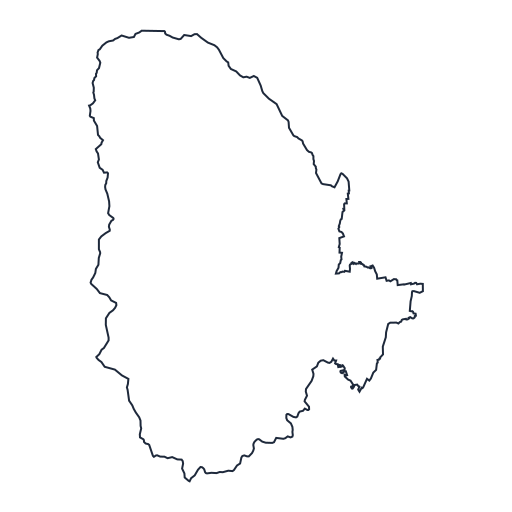 Lan Saka, Nakhon Si Thammarat, Thailand
{"feature_id": "78962969B56259094306641", "entity_name": "Lan Saka", "entity_type": "district", "adm_level": 2, "iso_a3": "THA", "parent_name": "Thailand", "parent_adm1": "Nakhon Si Thammarat", "projection": "natural_earth1", "projection_center": [99.81, 8.377], "detail": "fine", "context": "isolated", "style": "outline", "palette": "slate", "viewbox_px": 512, "rotation_deg": 0, "n_neighbors": 0, "source": "geoboundaries", "source_scale": "gbopen_adm2", "svg_char_len": 6006}
<svg xmlns="http://www.w3.org/2000/svg" viewBox="0 0 512 512"><path d="M129.1,400.7L132.3,405.4L133.7,408.8L135.8,412.5L139.2,417.3L140.5,420.6L140.6,425.9L141.2,428.4L139.8,434.3L140.0,437.4L143.4,439.3L143.9,440.2L144.0,441.9L145.6,443.5L148.2,444.1L149.2,444.9L152.9,455.8L153.9,456.8L155.9,455.5L157.1,455.3L160.2,456.6L164.5,456.7L167.6,458.2L172.2,457.1L177.3,459.4L181.6,459.6L182.7,461.1L183.1,463.6L182.1,468.6L184.4,473.4L184.7,477.5L188.6,480.8L189.6,481.3L191.1,478.2L194.7,475.4L198.0,469.7L200.5,467.0L202.0,467.2L203.3,468.2L204.2,469.3L205.1,472.2L205.9,473.1L207.0,473.4L211.4,472.8L216.6,473.1L219.7,472.0L222.8,472.2L228.3,470.7L232.5,471.1L233.9,470.1L237.0,465.5L240.1,463.5L241.4,457.5L242.4,456.0L244.3,455.4L247.1,456.4L248.8,456.4L252.0,453.1L253.2,450.8L253.9,448.5L253.3,445.0L253.6,443.5L254.5,441.8L256.7,439.6L258.1,439.1L259.2,439.3L262.2,441.6L265.7,442.7L272.3,442.9L274.0,442.2L276.2,437.9L283.4,438.8L285.3,438.2L287.7,436.4L290.6,437.4L292.4,436.6L292.8,435.1L292.4,431.9L292.7,429.9L292.4,426.9L290.9,423.4L287.2,420.3L286.3,418.0L286.4,414.8L287.2,414.0L288.5,414.1L293.4,416.9L296.0,417.4L297.3,416.6L298.5,413.2L299.7,411.6L303.0,410.8L304.8,408.6L307.4,410.0L308.3,410.0L309.1,409.3L309.0,406.7L304.6,401.4L304.9,399.8L307.0,395.7L305.8,391.6L306.0,389.0L311.6,380.9L313.3,376.3L313.5,373.9L312.2,369.6L316.9,366.4L318.3,362.7L320.7,360.7L323.3,360.2L327.9,362.6L329.5,362.9L331.3,361.8L333.0,358.6L334.3,360.5L336.1,360.5L335.1,363.4L336.1,364.1L337.7,364.2L338.3,367.1L339.4,366.9L339.5,365.0L340.1,365.1L340.8,366.8L342.1,366.4L342.4,365.2L342.9,365.4L344.7,368.1L344.7,369.1L344.0,370.1L340.6,370.9L340.4,371.7L340.8,372.6L342.1,373.2L344.9,371.1L345.8,371.2L347.1,375.2L346.3,375.4L344.6,374.7L344.8,376.5L348.1,379.6L350.5,380.6L353.1,384.6L352.2,386.6L351.1,386.7L351.1,387.4L352.0,388.6L352.6,388.6L353.9,386.8L354.6,385.0L357.2,384.6L358.1,385.9L359.4,386.6L358.2,389.6L359.5,391.7L361.7,387.7L362.5,388.1L363.3,387.1L367.0,378.8L369.3,380.6L370.9,378.5L373.3,372.6L376.1,369.9L376.9,363.4L377.7,362.6L377.5,359.9L378.9,359.7L379.3,358.7L380.1,358.6L380.2,357.4L383.0,354.4L382.8,346.6L385.8,337.3L386.1,332.3L388.2,324.0L390.2,322.7L396.4,322.6L398.4,323.5L399.8,322.1L401.2,321.6L401.8,319.9L402.7,319.4L406.0,318.8L406.3,319.5L407.6,319.4L409.0,318.5L408.7,317.8L410.2,317.1L412.3,318.4L413.5,318.4L414.7,317.4L414.8,316.0L415.9,315.7L415.6,313.7L413.5,313.4L413.1,311.9L412.4,311.2L411.3,311.3L409.8,310.9L410.6,301.3L411.8,296.0L412.0,292.1L412.4,291.2L413.9,291.1L419.7,292.8L422.9,291.2L422.8,283.9L420.3,283.7L417.0,284.3L416.2,282.9L415.1,282.8L414.1,283.6L411.0,284.3L410.8,283.0L404.1,284.6L403.9,284.3L397.7,285.1L397.3,280.4L396.7,280.2L396.2,279.3L393.9,279.1L390.4,281.3L388.9,280.4L386.6,280.8L385.5,277.3L377.2,278.7L376.8,274.4L375.2,271.3L374.1,267.8L372.7,265.6L371.9,266.3L371.4,266.0L371.1,266.5L370.5,266.4L370.5,267.3L371.5,267.7L371.5,268.1L370.2,268.3L368.6,267.4L367.9,267.6L366.3,266.7L364.3,266.4L364.1,265.3L362.9,264.7L362.6,264.1L361.0,263.8L361.1,262.7L360.3,262.0L359.2,262.0L359.4,263.1L359.0,263.5L356.4,263.5L356.0,264.0L354.7,263.0L354.3,263.5L353.8,263.1L353.2,263.9L352.3,263.2L352.3,262.4L351.5,262.8L351.1,264.0L350.0,264.6L349.7,265.6L350.0,268.9L349.7,271.7L344.9,270.8L344.4,271.8L342.4,271.6L341.7,272.1L340.4,272.1L339.0,273.4L335.9,273.6L336.6,271.1L338.5,267.8L338.8,264.5L340.2,263.1L340.8,260.1L341.5,259.4L341.2,256.7L342.0,252.8L339.5,252.6L339.7,247.7L338.8,247.2L339.7,244.0L339.3,238.1L344.0,236.4L342.9,233.5L341.5,232.0L339.4,231.4L338.4,228.7L339.3,227.0L338.8,226.2L339.8,223.5L340.2,221.0L340.8,219.4L341.7,218.9L342.5,212.0L343.9,210.8L343.5,209.3L344.3,209.6L344.1,204.2L344.7,203.4L346.8,203.4L346.4,199.0L348.4,198.9L347.8,193.6L348.9,193.4L348.7,190.6L349.3,190.5L348.6,181.6L347.0,178.3L342.6,173.9L341.3,173.3L340.5,174.2L337.7,181.4L334.5,187.3L331.8,186.2L330.9,185.3L323.0,184.1L321.5,183.4L316.0,173.0L316.4,169.6L315.8,168.0L315.8,166.7L313.7,164.1L314.0,161.0L313.4,159.1L313.4,156.1L312.5,154.8L312.0,153.1L311.1,152.4L308.9,151.8L307.0,150.1L303.1,143.6L302.6,141.3L301.9,140.4L298.4,138.4L297.2,137.1L294.3,136.1L293.4,135.4L289.0,127.8L288.6,122.0L288.0,120.4L282.2,115.9L276.6,104.1L268.9,98.7L263.3,93.1L262.3,91.1L260.7,85.6L257.2,77.8L253.8,76.0L249.8,77.9L246.6,76.7L243.3,77.3L240.0,75.4L236.2,71.4L230.9,69.0L228.6,65.8L228.2,62.4L226.6,61.4L223.3,58.1L218.9,49.7L217.1,47.3L214.4,45.2L207.9,42.6L201.2,37.8L197.0,34.1L194.5,34.2L191.1,36.1L184.2,35.0L180.7,38.9L178.9,39.3L172.6,37.5L169.6,35.8L166.5,34.7L165.2,33.5L165.0,31.8L164.4,31.1L141.7,30.7L139.2,32.5L135.5,33.9L133.9,37.0L129.0,37.8L121.6,35.5L117.4,38.1L115.1,38.9L113.1,40.5L108.8,41.3L106.4,42.4L102.3,45.7L99.8,49.3L98.5,50.0L97.6,52.5L97.8,54.1L97.1,57.6L99.6,60.9L100.3,62.7L99.0,68.1L97.0,70.3L96.7,72.8L96.0,73.8L96.1,76.3L94.4,78.0L94.0,80.1L93.2,80.9L92.6,83.0L93.8,87.7L93.7,91.5L93.3,92.5L94.0,94.8L94.4,98.4L95.2,100.3L92.9,103.4L90.1,105.4L89.1,105.6L90.3,108.6L90.5,111.0L89.8,115.8L90.4,116.7L93.8,118.1L93.9,120.6L97.1,126.0L98.0,134.9L99.4,136.4L100.1,137.8L103.0,140.2L101.6,142.6L101.3,144.2L95.8,149.1L96.6,151.4L98.0,153.5L98.9,159.5L97.8,162.3L99.7,167.8L102.6,169.8L104.0,172.7L107.1,172.4L108.0,173.3L107.6,177.6L106.3,181.0L106.2,183.3L105.3,184.9L105.1,187.0L105.5,189.4L107.3,193.7L109.1,201.4L109.4,206.2L108.1,213.2L109.3,215.1L113.3,218.0L113.6,218.9L113.0,219.9L111.4,220.8L109.2,224.6L108.9,226.8L109.8,229.7L109.7,230.8L105.7,233.1L101.3,236.4L98.9,239.5L98.9,249.3L100.1,252.1L100.2,253.3L98.8,257.9L98.4,264.8L95.9,268.9L95.3,273.0L93.1,277.5L91.5,279.7L90.6,282.6L91.2,283.9L96.8,289.0L99.9,293.1L107.2,295.0L109.3,297.3L111.1,300.4L116.1,302.9L116.4,305.1L115.1,307.8L113.0,310.3L109.4,312.9L105.9,318.3L105.8,324.9L108.6,337.6L108.6,340.4L103.9,348.0L101.6,349.7L99.3,354.2L96.3,357.0L96.7,357.9L98.6,360.0L101.4,362.0L104.7,366.8L114.9,369.6L121.9,375.4L128.4,378.9L127.9,384.0L126.9,387.4L127.6,389.8L129.1,400.7Z" fill="none" stroke="#1e293b" stroke-width="2"/></svg>